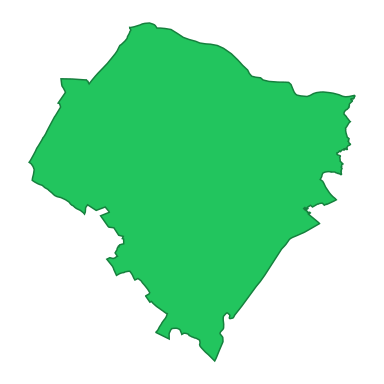 Scheia, Suceava, Romania
{"feature_id": "2599482B75590370819130", "entity_name": "Scheia", "entity_type": "district", "adm_level": 2, "iso_a3": "ROU", "parent_name": "Romania", "parent_adm1": "Suceava", "projection": "robinson", "projection_center": [26.193, 47.643], "detail": "fine", "context": "isolated", "style": "filled", "palette": "green", "viewbox_px": 384, "rotation_deg": 0, "n_neighbors": 0, "source": "geoboundaries", "source_scale": "gbopen_adm2", "svg_char_len": 5921}
<svg xmlns="http://www.w3.org/2000/svg" viewBox="0 0 384 384"><path d="M289.4,239.4L290.7,238.4L292.5,237.4L297.3,235.4L304.7,232.1L309.1,229.6L319.5,223.6L319.2,223.2L318.4,222.4L308.6,214.3L310.3,212.9L309.7,212.3L309.4,212.5L309.1,212.4L308.1,213.0L308.0,212.9L307.6,212.5L308.0,212.2L307.8,212.0L306.4,210.5L306.1,210.7L305.1,209.7L304.9,209.8L303.7,208.5L304.9,207.5L305.7,208.2L305.5,208.4L306.3,209.3L306.7,209.2L307.0,209.1L306.9,209.0L307.8,208.4L307.0,207.8L308.2,206.7L308.3,206.8L310.5,205.3L312.5,207.0L317.7,204.0L318.3,204.1L319.4,203.5L321.4,203.2L322.2,203.2L322.5,203.3L324.3,205.2L326.4,204.1L326.7,204.4L329.0,203.4L334.3,200.9L336.3,199.8L335.1,198.5L332.8,196.6L330.8,194.5L329.4,192.8L325.6,187.1L323.8,183.2L322.7,181.3L321.7,180.5L320.2,179.5L321.7,176.7L322.0,175.2L322.4,174.1L322.8,173.2L324.0,172.5L325.4,172.0L328.1,171.6L329.8,171.7L331.0,171.7L331.1,172.1L332.7,172.0L334.8,172.0L335.8,172.7L336.9,173.0L337.6,173.4L338.5,173.3L339.0,173.8L339.8,173.7L340.4,174.4L340.7,174.6L341.4,174.5L341.5,174.2L341.3,173.0L341.2,172.3L341.0,172.0L340.9,171.6L341.4,171.1L341.4,170.9L341.1,170.6L341.2,170.1L342.0,168.6L341.4,167.8L341.2,167.1L341.7,167.0L341.7,166.2L341.6,165.6L341.9,164.2L342.2,164.0L342.5,163.9L342.8,164.1L342.9,163.8L342.3,163.4L341.6,162.5L340.8,161.8L340.1,161.1L340.2,160.3L340.0,158.7L339.7,157.7L339.9,157.1L340.3,156.7L340.3,155.9L340.1,155.7L337.5,154.8L336.8,153.9L336.9,153.7L337.2,153.2L337.0,152.8L337.1,152.7L337.7,152.8L338.4,152.3L339.4,151.0L339.7,151.1L339.7,151.5L340.4,151.7L340.7,151.5L340.6,151.1L341.0,151.0L342.2,149.9L342.9,149.7L343.2,149.8L343.5,150.0L344.2,150.0L344.7,149.7L344.8,149.4L344.3,149.0L344.2,148.8L344.7,148.7L345.3,148.8L346.7,149.5L347.1,149.5L347.3,149.4L347.2,148.7L346.4,148.0L346.4,147.8L347.2,147.2L347.7,146.2L348.2,145.6L349.3,145.3L350.4,144.5L350.4,144.2L349.9,143.6L349.0,143.0L348.8,141.9L348.1,141.4L348.2,141.0L348.5,140.8L348.7,140.5L348.6,139.5L348.9,139.3L349.1,138.9L349.1,138.7L348.3,138.0L347.3,137.4L347.0,136.2L346.0,132.8L345.6,130.3L345.8,129.0L345.5,128.1L346.7,126.7L348.8,123.1L350.3,121.6L349.7,121.2L348.4,119.4L346.8,117.5L346.3,116.5L344.0,114.1L344.1,112.4L344.4,111.8L345.6,110.2L347.2,109.3L348.2,108.2L348.9,107.6L349.0,107.4L348.7,107.0L348.7,106.8L349.4,106.0L349.2,104.8L349.4,104.1L349.9,103.4L352.2,101.3L352.4,100.9L352.3,100.7L352.1,100.3L351.1,99.9L350.9,99.5L351.0,98.9L352.1,98.5L353.1,99.0L353.4,98.9L354.2,97.9L354.3,97.5L354.1,97.3L354.1,96.8L354.8,96.4L354.9,96.0L354.7,95.6L354.4,95.4L349.2,96.5L345.5,96.8L342.7,96.3L338.8,94.7L333.1,93.2L329.1,92.6L323.4,92.0L320.5,92.1L316.6,92.6L313.4,93.6L310.2,95.4L307.1,96.5L300.7,95.9L297.0,95.1L295.6,94.1L294.2,92.2L293.4,90.4L291.0,84.5L288.7,82.4L285.2,82.2L278.1,82.1L268.9,81.4L263.1,80.0L260.6,77.8L255.6,77.2L251.7,76.2L249.3,73.4L247.7,70.1L242.7,65.4L238.0,60.2L231.4,53.8L223.5,48.3L217.4,45.5L210.5,44.2L205.8,43.9L199.8,43.0L195.7,41.3L189.1,39.5L183.3,37.4L177.6,33.6L171.0,29.5L165.0,28.5L160.5,28.1L157.0,28.1L155.3,25.6L154.4,24.8L152.9,24.1L149.5,23.0L144.7,23.4L142.1,24.0L140.2,24.9L134.1,26.8L130.7,27.5L129.7,27.4L129.8,28.4L130.5,29.2L130.8,30.0L130.7,30.5L130.0,31.4L129.3,33.4L127.5,36.6L127.1,38.4L124.9,41.1L121.1,44.7L120.3,45.1L119.8,45.6L119.3,46.5L117.1,51.0L115.1,53.9L107.3,63.5L97.8,73.4L95.3,76.2L92.2,79.9L89.1,83.9L88.6,83.1L87.9,81.3L87.1,80.8L86.4,79.9L85.2,79.9L72.0,79.0L61.0,78.8L61.7,84.6L62.1,86.2L62.4,86.6L63.5,88.3L65.3,91.8L65.2,92.2L65.4,92.5L58.1,103.1L59.5,103.6L60.2,105.5L60.6,107.1L55.4,115.7L54.5,116.9L48.6,127.9L46.6,131.8L45.7,133.8L43.7,137.0L43.0,137.7L42.4,139.0L41.4,140.8L38.4,145.8L36.8,148.2L36.1,149.7L35.4,151.3L33.6,154.7L30.4,160.5L29.1,162.3L31.2,163.8L33.1,166.6L34.2,169.6L33.5,174.2L32.5,178.1L32.2,180.3L34.7,182.0L37.6,183.6L39.4,184.4L42.2,185.3L44.8,187.6L48.0,189.4L48.8,190.3L52.4,193.3L53.4,194.4L54.9,195.6L57.0,196.6L61.0,197.6L65.5,199.7L67.8,201.2L69.1,202.1L70.5,204.0L71.3,204.7L71.9,205.2L73.2,205.8L74.9,207.4L76.4,208.5L80.4,210.4L83.4,212.8L84.5,214.1L85.3,212.0L85.6,207.8L85.7,207.5L87.6,204.8L96.2,210.4L105.2,207.0L109.2,211.8L109.3,212.3L100.6,215.8L108.0,226.3L108.7,227.0L109.1,227.2L113.9,227.8L118.6,235.1L118.8,235.3L123.3,236.4L122.3,238.6L123.6,239.0L123.7,241.9L123.7,243.8L121.9,244.2L119.6,244.9L118.9,246.6L118.4,246.2L117.8,247.4L117.2,248.3L117.1,249.5L115.1,252.9L117.4,256.3L116.7,256.5L115.0,257.9L113.1,258.5L109.8,257.7L106.8,259.2L112.4,266.2L113.3,267.9L113.8,269.5L116.5,275.4L119.5,273.7L121.4,273.0L122.6,272.7L123.8,272.6L125.1,271.9L126.2,271.7L128.3,271.3L129.9,271.3L131.4,273.4L132.3,274.8L133.9,278.3L134.9,280.0L138.0,278.5L141.0,280.7L142.5,282.9L144.7,285.4L147.7,289.2L149.7,292.5L149.7,292.8L149.0,294.0L145.7,295.9L145.7,296.1L149.9,302.2L151.4,301.4L153.2,303.5L156.5,306.4L166.4,313.5L167.3,313.6L166.4,316.4L165.8,317.5L165.2,318.5L163.8,320.2L162.0,322.7L161.3,324.1L159.4,327.0L158.0,329.8L156.9,331.2L156.3,331.7L156.0,332.2L156.0,332.5L169.2,339.0L169.1,334.0L169.4,332.8L170.8,329.8L171.8,328.6L172.1,328.7L172.9,328.4L176.2,328.2L177.6,328.5L179.6,329.4L180.2,330.2L181.5,333.4L181.8,334.4L184.0,333.2L185.4,333.3L187.5,333.8L188.7,334.6L189.1,335.5L190.4,336.0L191.5,336.7L193.3,337.3L194.5,337.9L196.1,338.2L199.6,340.1L200.0,342.2L200.0,343.1L199.6,344.7L200.0,345.9L200.3,346.5L201.9,348.4L205.6,352.3L208.4,354.7L214.7,361.0L216.0,358.5L216.8,356.6L219.3,350.4L222.8,342.2L223.0,341.4L222.8,337.6L222.5,336.9L221.9,336.1L220.0,333.7L220.0,333.2L220.4,332.2L220.9,331.5L222.8,329.5L223.4,328.6L223.6,327.8L223.7,324.2L223.2,319.9L223.2,317.9L223.4,316.6L223.8,315.9L226.3,313.2L227.0,312.9L227.5,313.0L229.6,314.8L229.8,315.3L229.8,316.0L229.3,317.9L229.5,318.4L229.8,318.6L230.4,318.6L232.5,318.1L233.0,317.9L233.4,317.6L234.8,315.0L241.8,306.1L256.3,286.3L260.2,281.6L264.8,275.1L281.3,249.5L281.9,248.7L284.3,246.2L285.9,244.4L289.4,239.4Z" fill="#22c55e" stroke="#15803d" stroke-width="1.5"/></svg>